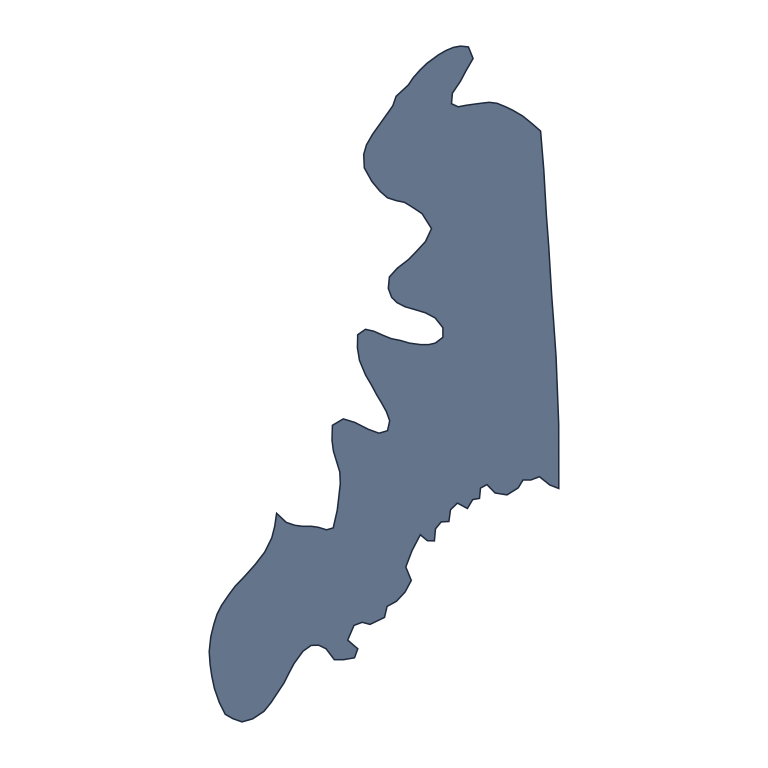 the district of Águas de Chapecó, Santa Catarina, Brazil
{"feature_id": "56859067B84087976866977", "entity_name": "Águas de Chapecó", "entity_type": "district", "adm_level": 2, "iso_a3": "BRA", "parent_name": "Brazil", "parent_adm1": "Santa Catarina", "projection": "equal_earth", "projection_center": [-52.97, -27.053], "detail": "fine", "context": "isolated", "style": "filled", "palette": "slate", "viewbox_px": 768, "rotation_deg": 0, "n_neighbors": 0, "source": "geoboundaries", "source_scale": "gbopen_adm2", "svg_char_len": 2145}
<svg xmlns="http://www.w3.org/2000/svg" viewBox="0 0 768 768"><path d="M473.1,58.5L468.4,46.9L460.5,46.1L453.4,47.4L446.0,50.5L438.5,54.8L427.3,63.0L420.2,69.8L413.2,77.7L408.4,84.9L396.1,96.3L392.8,105.8L388.0,112.6L382.3,120.6L372.6,134.2L366.4,145.0L363.7,154.5L364.3,167.9L371.9,181.5L380.1,191.4L387.5,197.8L396.5,200.7L404.4,202.3L411.0,206.3L422.1,213.7L431.5,228.6L425.4,241.6L416.3,251.5L408.3,259.7L397.5,268.0L389.4,276.9L388.3,288.4L391.6,297.3L397.1,302.7L405.1,306.8L415.8,309.9L425.4,312.8L435.1,317.9L442.9,327.7L442.9,337.3L435.3,343.1L428.7,344.6L420.6,344.6L409.4,343.1L400.6,340.5L391.2,338.6L383.0,335.3L373.8,331.2L365.5,329.3L357.7,334.7L357.4,347.7L359.5,360.5L365.6,375.1L371.6,385.3L376.7,394.9L381.6,403.0L386.4,411.7L389.7,420.8L387.5,430.7L379.0,433.2L368.1,429.2L354.8,422.4L343.3,418.9L332.4,425.3L332.0,440.2L333.4,451.1L337.2,463.5L339.8,472.0L340.3,483.5L338.7,497.8L337.2,510.4L333.2,527.9L326.5,529.8L318.4,527.3L311.5,526.3L302.7,526.3L294.9,525.3L286.3,522.4L276.6,513.3L274.7,526.3L271.8,537.8L264.7,552.1L255.0,564.7L247.6,573.0L242.4,578.7L235.3,586.0L228.9,594.6L221.5,605.4L217.0,614.3L213.8,624.4L210.8,636.6L209.2,651.6L210.1,664.5L211.8,676.2L214.4,688.4L219.3,702.5L225.3,714.4L233.1,718.8L242.0,721.9L252.8,718.8L264.0,711.3L271.1,702.5L277.1,693.4L284.0,683.0L288.5,674.0L294.0,663.6L303.0,651.2L311.1,645.4L318.7,645.2L326.1,648.8L334.3,659.7L343.6,659.7L354.5,657.8L357.8,648.8L347.7,640.1L354.0,625.4L362.2,622.3L370.0,624.4L384.5,617.4L387.1,606.4L396.4,601.3L405.1,592.0L411.3,580.4L405.8,567.0L412.0,550.7L420.3,534.8L427.4,540.7L434.4,540.9L435.5,528.8L441.2,521.9L448.9,521.5L450.5,509.8L457.4,503.1L467.4,508.5L472.7,499.6L479.5,498.4L480.5,488.1L486.9,484.6L495.1,493.0L507.0,494.9L518.2,487.9L523.0,480.0L530.8,480.0L539.4,476.7L549.8,485.0L558.8,488.5L558.7,423.7L556.1,357.2L553.5,319.8L551.7,295.4L548.7,245.7L546.4,215.3L543.8,169.9L540.6,131.1L532.6,124.1L522.8,116.1L512.9,110.3L505.6,106.8L497.1,103.3L489.2,102.3L480.7,103.3L473.1,104.3L466.0,105.3L458.2,106.8L451.5,103.7L452.4,93.2L460.5,81.2L465.7,71.3L473.1,58.5Z" fill="#64748b" stroke="#1e293b" stroke-width="1.5"/></svg>